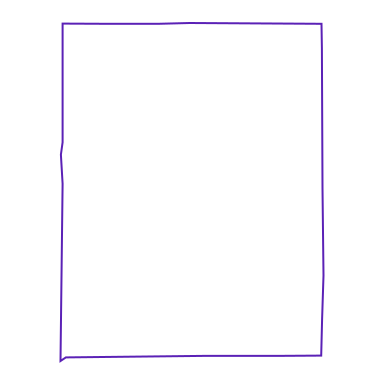 Tamboara, Paraná, Brazil
{"feature_id": "56859067B83324899582863", "entity_name": "Tamboara", "entity_type": "district", "adm_level": 2, "iso_a3": "BRA", "parent_name": "Brazil", "parent_adm1": "Paraná", "projection": "natural_earth1", "projection_center": [-52.482, -23.199], "detail": "fine", "context": "isolated", "style": "outline", "palette": "violet", "viewbox_px": 384, "rotation_deg": 0, "n_neighbors": 0, "source": "geoboundaries", "source_scale": "gbopen_adm2", "svg_char_len": 364}
<svg xmlns="http://www.w3.org/2000/svg" viewBox="0 0 384 384"><path d="M321.9,48.4L321.5,23.8L189.7,23.0L158.5,23.8L106.6,23.8L62.6,23.6L62.6,38.6L62.6,142.3L60.9,154.6L62.6,183.8L60.5,361.0L65.9,357.4L202.3,355.9L222.5,355.9L260.7,355.9L274.5,355.9L321.2,355.6L322.1,319.0L323.5,275.5L322.5,188.2L321.9,48.4Z" fill="none" stroke="#5b21b6" stroke-width="2"/></svg>